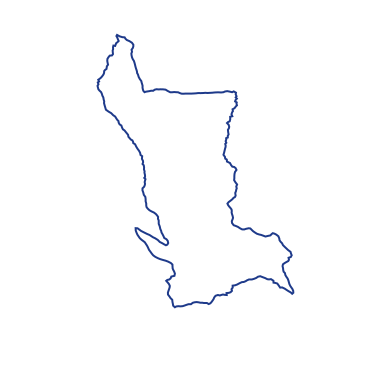 São João da Lagoa, Minas Gerais, Brazil (Equal Earth projection), rotated 115°
{"feature_id": "56859067B20811044827275", "entity_name": "São João da Lagoa", "entity_type": "district", "adm_level": 2, "iso_a3": "BRA", "parent_name": "Brazil", "parent_adm1": "Minas Gerais", "projection": "equal_earth", "projection_center": [-44.337, -16.851], "detail": "fine", "context": "isolated", "style": "outline", "palette": "blue", "viewbox_px": 384, "rotation_deg": 115, "n_neighbors": 0, "source": "geoboundaries", "source_scale": "gbopen_adm2", "svg_char_len": 5806}
<svg xmlns="http://www.w3.org/2000/svg" viewBox="0 0 384 384"><g transform="rotate(115 192 192)"><path d="M277.4,175.0L279.4,174.9L281.0,175.7L282.1,177.2L283.4,177.8L284.3,175.7L285.2,173.9L286.5,172.4L288.1,171.9L290.0,171.7L292.0,171.5L293.4,171.3L295.1,170.4L296.2,168.3L297.3,166.5L298.0,164.4L300.1,163.1L301.4,162.1L303.0,161.0L303.7,158.8L302.4,157.9L301.3,156.2L300.5,154.1L299.4,152.2L298.1,150.8L296.8,149.5L295.2,147.8L294.1,145.5L292.1,144.5L290.9,143.1L289.8,141.3L289.2,139.4L288.8,137.5L288.0,135.9L287.6,134.3L286.3,131.6L286.5,129.5L285.1,128.3L283.4,127.8L281.9,127.5L279.9,127.2L278.2,127.3L276.1,126.8L274.4,125.0L274.0,123.0L272.9,121.9L271.8,120.6L271.4,118.9L270.7,117.0L269.0,118.0L267.9,116.1L266.6,114.7L264.7,114.0L263.4,115.1L261.5,114.7L259.7,115.6L258.4,113.6L256.8,112.0L255.3,110.9L253.9,109.8L252.6,108.7L251.7,107.1L250.2,105.7L248.9,104.9L247.2,103.4L246.0,100.8L244.4,99.0L242.8,97.5L240.9,96.4L239.5,94.6L239.3,91.7L239.1,89.3L239.2,86.9L238.7,85.3L237.6,83.6L238.0,80.7L239.7,79.8L239.2,78.1L238.9,76.0L240.2,73.7L241.4,71.7L240.4,70.0L240.4,67.2L240.8,64.7L241.1,62.4L241.3,60.0L241.9,58.2L240.5,57.6L238.8,58.5L237.4,60.1L236.5,61.7L235.6,63.2L234.4,64.7L232.8,66.1L231.4,67.3L230.0,68.8L229.1,70.4L227.9,72.2L226.2,73.5L225.5,75.3L224.1,76.4L222.7,77.2L220.9,78.6L219.1,79.0L217.4,78.1L215.8,77.0L213.9,75.6L212.4,75.5L210.8,76.7L209.2,75.0L207.2,74.9L205.9,76.3L204.6,77.4L204.0,80.4L203.2,82.8L202.5,84.9L201.7,87.1L200.4,88.7L199.6,90.8L198.7,92.3L197.3,93.2L195.6,95.0L195.0,97.6L194.9,99.6L195.2,101.4L196.6,102.1L198.2,102.6L199.7,104.6L201.3,106.6L201.5,109.2L201.7,111.4L202.1,113.1L202.4,115.6L202.1,117.9L201.7,120.1L201.0,122.1L200.4,123.7L200.9,125.3L202.5,127.4L203.9,128.9L204.7,130.8L204.6,133.1L204.2,135.7L204.3,138.3L204.5,140.2L203.2,142.6L201.6,143.6L199.5,143.7L198.1,143.9L196.6,145.0L194.9,146.6L193.7,147.5L192.4,147.9L191.1,148.8L190.3,150.3L189.4,152.3L188.5,153.9L187.5,155.0L185.6,154.5L183.4,153.3L181.3,152.3L179.7,151.9L178.6,151.0L176.9,150.9L174.6,152.4L172.7,152.5L171.2,152.9L169.8,153.0L168.3,154.2L166.1,154.3L165.0,156.5L163.5,158.8L161.5,159.5L159.8,160.3L157.7,161.1L155.6,161.5L153.2,161.0L151.9,162.6L151.5,164.4L152.0,166.2L151.0,168.1L149.7,169.8L149.6,173.2L147.9,174.2L147.7,176.0L146.2,177.0L145.0,179.2L142.9,179.5L140.5,180.0L138.5,180.4L137.0,180.6L135.7,181.1L134.4,182.2L132.9,181.7L131.7,183.0L130.1,183.1L128.8,183.8L127.5,182.6L126.0,183.3L124.3,183.2L122.8,184.3L120.5,185.7L118.7,185.5L117.2,185.8L115.6,187.2L114.7,189.4L113.4,188.9L112.0,187.7L109.9,188.1L107.7,189.2L106.3,187.5L104.8,189.1L102.7,189.3L101.4,189.1L99.9,190.2L98.1,188.9L95.8,188.4L94.4,187.9L93.2,189.0L91.9,189.3L91.7,191.2L90.3,191.4L88.4,190.8L87.8,192.4L86.4,192.1L85.0,193.7L83.4,194.1L83.2,196.7L84.6,197.8L85.1,200.3L85.7,202.7L87.0,204.6L88.3,205.7L89.5,207.7L90.5,210.2L91.4,212.0L92.2,213.5L93.4,215.5L94.6,217.7L95.8,220.0L96.5,221.9L97.4,223.4L98.7,225.9L99.7,228.2L100.9,230.1L102.1,232.3L103.0,234.0L103.9,235.9L105.0,238.2L105.8,239.9L106.6,241.4L107.3,243.0L107.5,244.8L107.5,246.7L108.2,248.4L108.9,250.3L109.9,252.0L110.8,253.8L110.7,256.8L110.4,259.2L111.2,261.6L112.2,263.9L113.2,265.7L113.8,267.5L115.0,269.0L116.7,270.0L117.4,271.7L118.7,273.4L119.7,274.9L120.6,276.2L121.6,277.2L120.9,278.8L119.9,279.8L118.4,280.9L116.6,281.7L115.3,282.8L114.1,283.9L112.9,284.8L111.7,287.0L110.3,288.9L108.3,290.7L107.4,292.0L106.2,292.7L104.9,293.8L103.8,294.9L102.3,296.2L100.4,297.7L99.1,298.8L97.7,300.1L96.8,301.6L95.4,303.2L93.6,304.6L92.1,305.5L90.3,305.6L88.6,306.9L86.5,306.5L84.9,306.7L83.3,307.4L82.1,309.5L81.7,312.5L81.8,315.3L81.2,317.1L80.3,318.4L81.1,320.5L81.5,323.4L81.3,326.3L82.6,326.4L83.7,324.9L84.9,323.7L86.1,322.3L87.8,322.9L89.1,323.6L90.8,323.5L92.1,323.4L92.5,325.1L94.1,324.8L95.8,323.9L97.3,323.7L99.1,322.7L100.4,321.9L102.0,322.2L103.2,324.2L105.3,324.7L107.1,324.9L109.0,324.2L110.7,323.0L112.1,321.9L114.0,322.3L116.6,321.5L118.2,322.4L119.5,322.7L121.3,322.0L122.9,321.9L124.5,322.2L125.8,322.5L127.3,323.0L128.7,323.7L129.9,324.4L131.1,322.9L132.5,323.7L133.9,322.3L135.7,322.5L137.2,321.3L138.5,320.2L139.2,318.7L139.9,316.6L141.1,315.2L142.6,313.9L143.7,312.4L145.7,311.0L146.9,309.9L148.6,309.3L150.4,307.8L152.1,306.3L153.8,304.8L154.4,301.6L154.7,298.5L155.7,295.9L156.1,293.5L157.1,292.0L158.1,290.4L158.8,288.6L160.1,287.8L161.3,286.2L161.6,284.1L163.2,282.6L164.4,281.1L164.7,279.2L165.7,277.2L167.2,274.1L168.8,273.0L169.6,271.2L170.3,269.6L170.4,267.9L171.3,266.7L172.5,265.9L172.8,263.7L174.4,261.8L175.8,259.7L177.0,257.5L178.4,255.6L180.2,254.3L180.6,252.3L183.1,251.4L184.6,249.5L185.9,248.8L187.5,248.7L188.2,247.0L190.0,245.8L191.8,245.1L193.3,243.7L194.5,243.3L196.6,241.7L198.2,240.9L199.4,241.2L200.0,239.6L201.4,239.4L203.0,239.1L204.5,238.0L205.8,237.7L207.4,237.6L209.6,238.4L211.4,237.6L213.0,236.0L214.9,234.5L216.2,232.2L218.1,231.0L220.0,230.1L221.8,228.6L223.5,227.8L224.8,226.9L225.7,225.3L226.5,222.9L226.7,220.6L226.7,217.8L227.2,215.5L228.0,213.7L228.9,212.2L230.7,211.5L231.8,210.2L233.4,209.4L234.9,208.7L236.7,206.8L238.9,205.1L240.3,203.5L241.6,202.5L242.7,200.9L244.2,199.0L245.4,197.7L245.6,195.2L246.5,193.4L248.3,192.0L250.1,192.1L251.3,193.1L251.2,195.2L251.0,197.2L250.9,200.1L249.9,202.8L249.5,206.0L249.5,208.2L249.2,210.2L248.9,212.3L249.0,215.0L248.9,218.9L248.8,221.7L248.3,224.1L247.9,226.0L248.6,227.8L250.7,226.7L252.2,225.2L253.7,223.5L254.9,221.5L255.9,219.8L256.6,217.6L257.1,215.2L257.5,213.5L258.4,212.1L259.3,210.6L260.2,209.3L261.2,208.1L262.6,206.5L263.5,204.8L264.8,202.5L265.8,200.4L266.3,197.8L266.4,194.9L266.3,192.7L266.0,190.5L265.7,188.6L265.4,186.9L265.2,184.3L265.3,181.2L266.0,179.1L267.7,178.2L269.5,177.2L270.5,176.1L271.6,174.6L273.2,173.0L275.4,172.5L277.4,175.0Z" fill="none" stroke="#1e3a8a" stroke-width="2"/></g></svg>